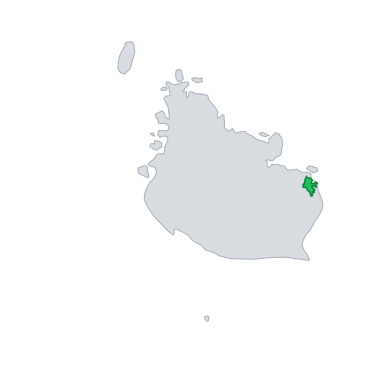 location of Paju-si, Gyeonggi, South Korea, rotated 122°
{"feature_id": "91817680B14253606839965", "entity_name": "Paju-si", "entity_type": "district", "adm_level": 2, "iso_a3": "KOR", "parent_name": "South Korea", "parent_adm1": "Gyeonggi", "projection": "robinson", "projection_center": [126.826, 37.84], "detail": "fine", "context": "in_parent", "style": "filled", "palette": "green", "viewbox_px": 384, "rotation_deg": 122, "n_neighbors": 0, "source": "geoboundaries", "source_scale": "gbopen_adm2", "svg_char_len": 4476}
<svg xmlns="http://www.w3.org/2000/svg" viewBox="0 0 384 384"><g transform="rotate(122 192 192)"><path d="M116.4,98.5L117.7,97.5L117.7,96.2L117.8,91.7L121.4,88.6L126.5,82.3L129.0,78.8L131.9,75.5L135.2,73.4L138.4,72.3L143.6,71.9L153.4,72.3L155.3,71.9L162.1,71.6L163.7,72.2L168.7,72.6L174.2,72.1L177.0,71.2L179.5,69.6L181.7,66.7L184.0,61.4L186.5,57.2L187.9,56.4L198.1,78.8L207.8,93.2L216.1,103.7L228.0,123.8L231.5,134.6L231.9,141.2L234.0,150.4L232.3,155.7L232.9,164.0L232.2,168.2L230.8,171.4L230.8,177.4L231.3,180.6L231.4,184.9L232.3,186.5L233.7,187.2L235.8,185.6L238.4,185.0L238.0,190.1L235.0,203.1L232.3,212.6L228.6,220.8L223.9,228.4L218.2,231.3L214.2,232.4L206.5,232.8L200.1,231.5L194.6,232.4L192.4,234.0L190.8,236.7L192.0,240.8L191.9,243.9L189.5,243.7L184.9,241.9L179.7,241.7L177.3,240.8L174.8,236.3L172.4,236.5L168.0,239.1L161.4,239.7L159.1,241.1L158.3,243.0L159.3,245.3L162.6,248.3L161.5,251.4L158.0,253.0L155.2,249.2L153.5,245.5L151.5,245.2L148.5,246.3L147.9,250.3L149.3,253.1L151.6,256.2L148.4,259.9L147.5,262.5L145.2,264.3L138.8,260.2L139.7,257.2L142.5,254.4L142.8,251.5L141.9,249.7L132.9,257.1L127.3,265.6L124.3,265.0L123.1,262.8L121.3,261.9L115.3,267.3L114.2,271.6L112.0,271.8L111.0,270.0L111.0,266.1L109.9,262.8L103.7,258.0L100.9,253.8L102.4,251.5L107.6,252.8L111.7,252.6L110.9,250.6L109.6,249.7L112.3,248.5L114.6,246.2L112.7,245.6L109.8,246.9L107.4,246.3L106.4,240.8L103.5,235.2L102.0,229.7L104.9,226.6L106.4,221.7L109.1,214.7L110.4,212.4L114.2,210.7L115.5,208.9L113.5,208.0L110.2,207.1L110.3,205.1L112.5,204.0L115.0,201.8L119.8,199.0L121.3,193.9L119.9,192.6L116.9,191.4L117.6,188.8L118.8,186.8L118.4,185.6L114.8,182.2L112.5,179.2L113.2,175.7L112.6,170.4L113.0,166.0L112.8,163.6L111.1,158.2L110.3,152.8L108.0,153.6L106.2,154.9L99.7,153.0L97.6,152.9L96.8,148.9L99.1,144.0L104.7,139.6L107.9,139.1L110.3,137.1L114.1,136.5L118.6,139.5L122.6,140.1L124.9,145.2L126.2,146.3L126.5,144.4L129.8,142.2L130.6,140.5L129.9,139.6L126.1,138.7L122.7,132.4L122.3,129.6L121.0,127.9L122.9,122.8L119.0,117.0L117.1,115.2L117.3,110.0L115.3,106.7L114.2,104.9L113.5,101.7L114.1,100.3L115.9,99.8L116.4,98.5ZM103.4,326.5L101.5,327.6L99.7,326.9L99.2,326.4L97.1,323.5L96.6,322.0L98.0,319.2L103.8,314.6L118.8,310.2L121.5,310.0L127.5,311.9L128.7,315.4L127.7,318.5L126.3,320.6L119.4,324.1L114.1,325.7L103.4,326.5ZM204.3,247.5L200.4,250.6L195.1,246.5L193.8,244.2L197.8,240.8L201.2,237.0L203.4,236.8L204.3,247.5ZM176.1,247.2L175.7,252.1L172.7,252.3L170.9,249.2L169.1,250.7L168.1,250.7L166.6,246.8L166.3,243.7L169.8,241.4L171.9,242.8L174.9,243.5L176.1,247.2ZM99.5,269.0L96.9,269.8L95.4,268.0L94.3,267.6L94.9,265.3L99.3,260.9L100.1,259.3L104.2,260.3L105.7,262.6L103.8,266.2L99.5,269.0ZM111.7,100.7L111.5,107.3L109.3,107.0L107.7,106.4L107.1,105.1L105.5,99.0L107.2,96.4L110.6,98.4L111.7,100.7ZM97.0,250.9L96.4,252.1L94.6,251.8L92.8,248.3L92.0,245.6L90.1,244.1L93.1,241.7L96.9,246.0L97.0,250.9ZM107.4,162.9L106.8,166.1L104.1,164.0L103.3,156.9L106.1,158.9L107.4,162.9ZM293.1,113.6L291.3,115.1L289.0,113.6L288.8,112.0L289.9,110.7L292.6,109.9L293.9,111.1L293.1,113.6ZM121.3,270.3L122.0,272.7L118.6,272.3L116.8,270.0L117.0,268.0L119.1,267.7L121.3,270.3ZM165.0,256.7L164.5,258.3L162.4,255.9L164.5,253.4L165.0,256.7Z" fill="#d9dde1" stroke="#a8b0b8" stroke-width="1"/><path d="M124.7,90.0L124.7,91.3L124.7,91.8L124.4,92.3L124.3,92.8L124.1,93.3L123.7,93.6L123.1,93.2L122.8,92.3L122.2,92.1L122.0,91.3L122.2,90.3L122.2,89.7L121.9,89.1L121.4,88.9L121.0,89.5L121.2,90.2L120.6,90.6L120.4,91.2L119.9,91.3L119.5,91.1L118.9,90.9L118.4,90.1L118.0,90.7L117.9,92.0L118.4,92.5L119.7,92.6L120.6,93.4L121.2,94.4L121.3,94.7L121.6,95.2L121.5,95.6L120.7,95.8L120.4,95.9L119.3,96.1L118.6,96.2L118.1,96.5L117.9,97.0L117.8,99.2L118.1,99.2L118.3,99.7L118.3,100.4L118.3,101.0L118.5,101.5L118.7,102.0L118.6,102.7L118.3,103.0L119.4,103.1L120.4,102.7L121.3,102.7L122.2,102.7L122.5,102.0L123.1,101.4L123.5,101.3L124.1,101.7L124.8,101.7L125.1,101.1L125.8,101.1L126.3,101.8L126.9,101.9L127.2,101.2L127.7,100.7L128.4,100.7L128.9,100.7L128.9,100.0L128.8,99.4L128.3,98.8L127.8,98.4L127.9,97.8L128.1,97.1L128.1,96.2L128.7,95.8L129.0,95.7L129.3,95.3L129.4,94.7L129.5,94.0L129.6,92.6L129.6,92.2L130.2,91.4L130.9,90.9L130.7,90.7L130.8,90.2L131.2,89.7L131.9,89.4L132.3,89.1L132.2,88.5L131.9,88.2L131.0,88.0L130.4,88.6L129.9,89.1L128.4,88.9L127.9,88.5L127.3,88.2L127.1,88.7L127.1,89.3L127.1,89.9L126.7,89.9L126.1,89.6L125.8,89.2L125.3,88.9L125.2,89.2L125.1,89.9L125.0,90.1L124.7,90.0Z" fill="#22c55e" stroke="#15803d" stroke-width="1.5"/></g></svg>